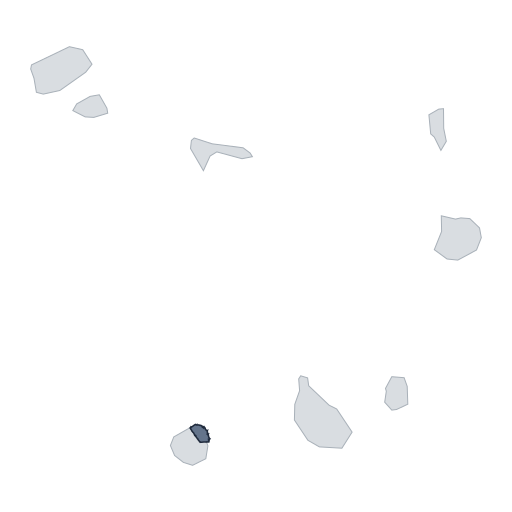 location of Nossa Senhora Da Ajuda, Mosteiros, Cabo Verde
{"feature_id": "66160863B13080281314211", "entity_name": "Nossa Senhora Da Ajuda", "entity_type": "district", "adm_level": 2, "iso_a3": "CPV", "parent_name": "Cabo Verde", "parent_adm1": "Mosteiros", "projection": "mercator", "projection_center": [-24.32, 15.001], "detail": "fine", "context": "in_parent", "style": "filled", "palette": "slate", "viewbox_px": 512, "rotation_deg": 0, "n_neighbors": 0, "source": "geoboundaries", "source_scale": "gbopen_adm2", "svg_char_len": 4431}
<svg xmlns="http://www.w3.org/2000/svg" viewBox="0 0 512 512"><path d="M352.1,432.1L341.9,448.2L319.4,446.9L307.9,440.3L294.4,420.0L294.8,404.3L299.6,390.7L298.7,378.9L300.7,375.8L307.6,377.9L308.7,385.8L329.1,405.2L336.7,409.0L352.1,432.1ZM59.8,90.5L43.3,94.1L36.4,92.3L34.0,78.3L30.7,69.0L31.5,64.9L69.4,46.7L82.7,49.7L92.0,64.2L85.7,72.2L59.8,90.5ZM441.3,215.8L455.5,219.1L460.8,217.9L469.8,218.6L479.5,227.9L481.3,237.7L476.5,250.0L457.8,260.1L447.0,259.0L434.3,249.7L441.6,231.5L441.3,215.8ZM205.8,458.7L192.6,465.3L183.4,462.4L174.6,455.5L170.4,445.5L173.8,436.9L191.6,426.8L202.2,430.1L207.9,445.8L205.8,458.7ZM243.1,147.8L250.1,153.0L252.4,156.7L242.0,158.7L216.8,151.9L210.1,156.0L203.4,170.7L190.5,148.5L191.4,140.4L194.2,138.0L212.1,143.8L243.1,147.8ZM396.5,409.5L391.8,410.1L384.7,402.2L386.3,391.3L385.5,388.4L391.8,376.7L404.1,377.7L407.2,386.4L407.8,404.2L396.5,409.5ZM107.7,113.2L93.8,117.4L85.2,116.9L72.8,110.6L76.7,103.9L90.1,96.4L99.3,94.8L106.9,108.2L107.7,113.2ZM446.3,141.3L440.9,150.4L434.3,137.1L430.7,133.9L428.9,114.8L438.8,109.1L443.5,108.7L443.7,128.4L446.3,141.3Z" fill="#d9dde1" stroke="#a8b0b8" stroke-width="1"/><path d="M209.0,441.8L208.9,441.5L208.9,441.4L208.8,441.2L208.8,440.9L208.8,440.7L209.0,440.5L209.0,440.4L209.2,440.2L209.2,439.8L209.2,439.6L209.3,439.5L209.2,439.5L209.3,439.4L209.2,439.3L209.3,439.3L209.2,439.3L209.3,439.2L209.2,439.2L209.3,439.1L209.2,439.1L209.3,439.1L209.4,438.9L209.4,438.7L209.5,438.5L209.3,438.2L209.3,437.9L209.1,437.8L209.0,437.6L208.9,437.5L208.8,437.4L208.6,436.9L208.6,436.7L208.7,436.3L208.6,436.2L208.5,435.9L208.5,435.7L208.3,435.2L208.3,434.9L208.2,434.8L208.3,434.6L208.3,434.4L208.2,434.5L208.2,434.4L208.1,434.2L207.9,434.2L208.0,434.1L207.9,434.1L207.7,433.9L207.4,433.8L207.4,433.7L207.3,433.4L207.4,433.1L207.5,433.0L207.5,432.8L207.4,432.8L207.5,432.8L207.4,432.8L207.4,432.7L207.3,432.4L207.3,432.2L207.3,431.9L207.3,431.7L207.2,431.4L207.2,431.2L207.0,430.9L207.1,430.7L206.9,430.8L206.8,430.7L206.7,430.5L206.7,430.4L206.8,430.4L206.7,430.3L206.6,430.2L206.4,430.2L206.2,430.1L206.0,429.9L205.9,429.9L205.7,429.7L205.5,429.4L205.4,429.2L205.3,428.6L205.0,428.1L204.8,427.9L204.8,427.7L204.6,427.7L204.3,427.5L204.2,427.5L204.3,427.5L204.2,427.4L204.2,427.5L204.1,427.4L204.0,427.5L204.0,427.4L203.9,427.5L203.9,427.4L203.8,427.5L203.7,427.4L203.7,427.5L203.4,427.7L203.2,427.6L203.3,427.5L203.2,427.5L203.2,427.4L203.1,427.2L203.1,427.4L202.9,427.3L203.0,427.3L202.9,427.3L202.5,427.3L202.3,427.1L202.2,427.0L202.1,426.9L202.2,426.4L202.0,426.1L201.8,426.0L201.8,425.9L201.7,425.9L201.4,425.7L201.2,425.7L200.9,425.4L200.8,425.5L200.6,425.5L200.4,425.5L200.3,425.4L199.9,425.4L199.7,425.4L199.6,425.2L199.4,425.3L199.1,425.1L198.9,425.1L198.7,425.0L198.5,424.9L198.3,424.9L198.1,424.9L197.8,424.9L197.5,425.0L197.3,425.0L196.9,425.0L196.7,425.0L196.7,424.9L196.6,425.0L196.4,425.0L196.1,424.9L195.9,424.8L195.7,424.7L195.5,424.4L195.4,424.4L195.3,424.5L195.2,424.5L194.8,424.8L194.5,425.0L194.4,425.0L194.1,425.3L193.8,425.4L193.7,425.5L193.4,425.7L193.3,425.8L193.2,425.8L193.0,426.1L192.8,426.2L192.6,426.4L192.3,426.6L192.0,426.7L191.8,426.7L191.7,426.8L191.1,427.1L190.9,426.9L190.8,427.1L191.0,427.2L191.0,427.7L190.8,427.9L190.7,427.9L190.5,428.0L190.2,428.1L190.3,428.2L190.4,428.3L190.6,428.5L190.6,428.8L190.7,429.1L190.8,429.2L190.9,429.3L191.0,429.4L191.1,429.5L191.4,430.0L191.5,430.1L191.6,430.3L191.6,430.5L191.8,430.9L191.8,431.0L192.0,431.1L192.2,431.3L192.4,431.5L192.6,431.9L192.8,432.2L192.9,432.3L193.0,432.3L193.2,432.5L193.3,432.7L193.9,433.2L193.9,433.3L193.9,433.5L194.1,434.0L194.3,434.3L194.4,434.7L194.5,434.9L194.5,435.0L194.7,435.4L194.8,435.5L194.8,435.4L195.1,435.3L195.1,435.2L195.3,435.2L195.4,435.3L195.6,435.4L195.8,435.6L195.8,435.9L195.9,436.1L195.9,436.4L196.0,436.6L196.0,436.8L196.4,437.3L196.7,437.7L197.0,438.1L197.2,438.4L197.3,438.5L197.4,438.8L197.5,438.9L197.9,439.0L197.9,439.4L198.4,440.1L198.5,440.3L198.9,440.6L199.2,441.1L199.3,441.3L199.5,441.6L199.8,441.8L200.0,442.1L200.3,441.9L200.5,442.0L200.7,442.3L201.9,442.2L202.7,442.1L203.1,442.1L203.5,442.0L204.1,442.0L204.3,442.0L204.5,442.0L205.1,442.0L205.3,442.0L205.5,442.0L205.8,442.0L206.0,442.1L206.3,442.0L206.4,441.9L206.5,441.9L206.7,442.0L206.8,442.0L207.0,441.9L207.1,442.0L207.4,441.9L207.6,442.0L207.8,442.0L208.1,442.0L208.4,442.0L208.6,441.9L208.8,441.9L209.0,441.8Z" fill="#64748b" stroke="#1e293b" stroke-width="1.5"/></svg>